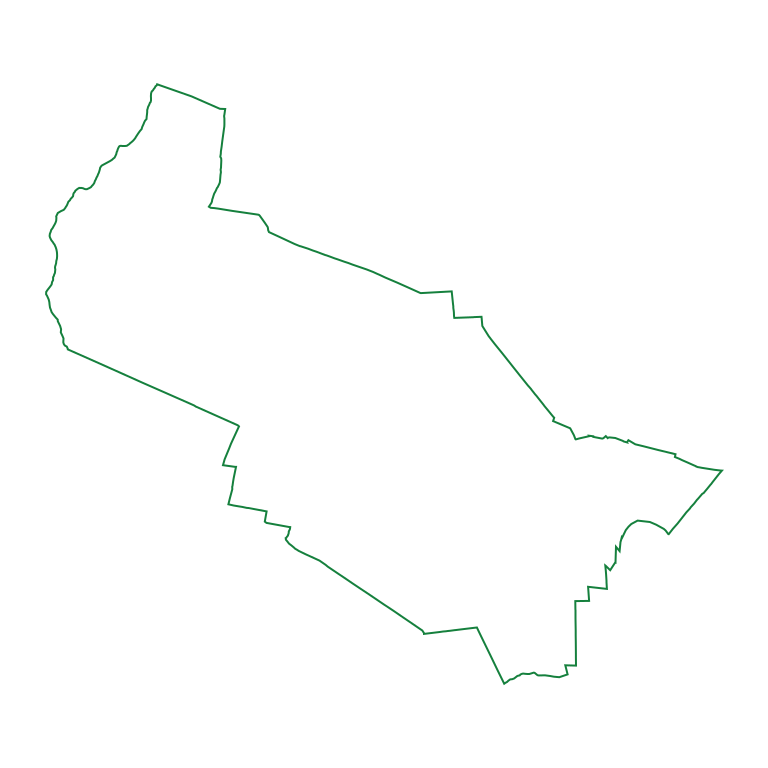 the district of Aljojuca, Puebla, Mexico
{"feature_id": "50627088B67825274215435", "entity_name": "Aljojuca", "entity_type": "district", "adm_level": 2, "iso_a3": "MEX", "parent_name": "Mexico", "parent_adm1": "Puebla", "projection": "robinson", "projection_center": [-97.52, 19.106], "detail": "fine", "context": "isolated", "style": "outline", "palette": "green", "viewbox_px": 768, "rotation_deg": 0, "n_neighbors": 0, "source": "geoboundaries", "source_scale": "gbopen_adm2", "svg_char_len": 6007}
<svg xmlns="http://www.w3.org/2000/svg" viewBox="0 0 768 768"><path d="M554.2,417.7L553.3,416.8L551.3,414.4L548.7,411.2L544.4,406.0L543.7,405.0L538.4,398.3L536.6,396.0L535.0,394.2L533.7,392.5L531.7,390.0L531.1,389.1L529.2,386.9L528.0,385.6L519.8,375.4L514.4,368.6L502.2,353.2L494.9,344.2L490.6,338.7L490.2,338.1L488.7,336.2L486.7,333.0L482.4,326.1L482.3,325.7L481.7,318.7L481.5,316.8L474.2,317.1L473.7,317.2L454.3,317.9L454.1,316.7L454.0,315.6L453.9,312.5L453.7,310.5L453.4,308.6L453.3,307.6L453.3,306.3L453.0,303.9L451.7,291.4L420.9,293.1L420.1,292.9L407.9,287.4L400.5,284.1L397.6,282.8L385.4,277.6L379.0,274.6L378.5,274.4L377.1,273.8L373.2,272.0L369.6,270.6L366.8,269.5L352.5,264.6L348.3,263.0L345.2,262.0L344.0,261.6L337.2,259.2L334.7,258.4L330.2,256.7L326.3,255.3L325.8,255.2L325.1,255.0L316.4,251.7L312.8,250.5L308.1,248.7L300.4,246.2L300.0,246.2L294.6,244.0L279.4,236.9L269.0,232.1L268.2,230.3L267.9,227.9L267.6,226.9L264.9,222.9L259.9,215.9L259.2,215.1L258.4,214.7L232.3,210.9L218.1,208.6L214.4,208.1L210.7,207.8L208.9,206.7L211.4,202.9L211.9,201.6L212.0,201.2L212.1,200.4L212.3,199.3L212.8,198.0L213.4,196.0L214.2,193.6L215.4,191.5L216.3,189.6L216.7,188.6L217.0,188.0L217.4,187.5L217.8,187.0L218.0,186.5L219.0,184.5L219.8,182.6L220.0,181.0L220.5,174.8L220.9,172.3L220.8,170.9L220.6,169.9L221.0,167.6L221.1,165.0L221.2,163.0L221.3,160.5L221.2,158.8L221.1,158.2L220.3,156.8L220.8,153.7L220.9,151.5L221.6,146.8L222.3,141.0L223.9,129.4L224.3,126.6L224.4,124.6L224.4,123.2L224.4,122.3L224.4,118.5L224.1,116.0L224.4,114.6L225.2,109.0L219.9,108.8L191.6,96.4L157.1,84.3L156.7,85.4L155.5,86.3L154.7,87.9L153.9,88.8L152.9,90.4L151.7,91.5L151.1,93.3L150.9,96.1L151.0,98.0L151.0,100.6L150.5,102.3L149.9,102.8L149.3,104.5L148.0,107.1L147.7,108.5L147.2,110.0L147.2,112.1L147.0,114.1L146.7,116.5L146.5,119.1L145.1,120.6L144.2,122.4L143.5,124.2L142.2,127.0L141.6,129.1L140.1,130.8L139.0,132.3L137.9,133.9L136.0,136.8L135.2,138.2L134.0,139.7L132.9,140.9L131.2,142.4L130.2,143.1L129.4,144.0L126.8,145.8L125.0,146.0L122.3,146.0L120.9,145.8L119.8,146.0L119.1,146.5L118.2,148.2L117.6,149.7L117.3,150.9L116.7,152.1L116.2,154.3L114.6,157.6L113.3,158.6L111.9,159.9L109.8,161.2L102.4,165.2L101.6,165.7L100.7,166.9L100.1,167.9L99.9,169.1L99.5,170.6L98.8,172.8L98.1,174.2L97.3,176.3L96.6,177.4L95.8,179.4L95.0,180.8L94.2,183.1L93.1,184.7L92.0,185.8L91.0,187.1L89.5,188.0L86.9,189.2L85.6,189.2L84.7,189.0L82.9,188.2L81.0,187.9L80.2,188.0L79.2,187.9L79.0,188.1L77.5,188.9L76.5,189.8L75.3,190.7L75.1,191.5L73.8,193.0L73.3,194.2L73.2,195.3L73.0,196.3L71.9,197.6L70.7,198.8L69.9,200.3L68.4,201.7L67.1,204.9L66.5,206.0L65.9,206.8L65.3,207.9L63.9,209.7L63.4,210.0L61.0,211.1L57.8,213.0L56.2,216.4L56.4,217.9L56.2,220.7L55.6,222.5L54.9,224.0L53.7,226.1L52.5,228.3L51.3,229.8L50.5,232.3L49.9,233.7L49.6,236.0L50.0,237.5L50.9,239.4L51.4,240.3L52.2,241.3L53.1,242.5L53.7,243.6L54.5,244.5L55.1,245.9L55.7,247.2L56.4,249.4L56.8,251.4L57.0,252.9L57.1,255.1L57.1,256.4L56.9,258.8L56.3,261.0L56.1,263.3L55.4,265.7L55.2,266.1L55.0,267.8L55.3,269.4L55.0,272.3L54.9,273.0L54.1,274.8L53.8,276.0L53.1,277.2L53.1,280.1L52.1,282.0L51.6,284.5L50.5,286.1L49.2,287.8L47.7,289.7L46.2,291.9L46.1,294.3L47.0,295.7L48.7,299.5L49.3,302.0L49.6,304.9L50.0,307.6L50.8,309.7L51.6,312.1L52.9,314.0L55.0,316.6L55.9,317.7L57.7,319.6L57.8,321.2L60.1,325.9L61.1,329.3L60.8,332.4L62.4,335.8L63.5,338.4L63.3,342.3L63.8,344.0L64.8,345.5L66.8,346.6L67.8,348.9L67.8,349.4L107.2,366.9L139.1,381.2L142.0,382.5L165.9,393.0L194.0,405.4L196.2,406.8L196.8,407.0L237.8,425.3L239.0,426.4L238.0,428.5L231.0,443.7L229.2,448.3L224.6,459.4L223.0,465.2L235.4,466.9L236.0,466.9L233.7,478.1L233.1,481.6L232.5,485.9L232.2,486.8L232.3,489.2L229.9,498.2L228.4,504.3L233.6,505.5L239.6,506.5L242.2,506.9L246.8,507.9L248.4,508.0L266.6,511.4L264.8,521.6L266.5,522.9L289.0,527.0L290.2,527.1L290.0,528.8L289.6,529.9L288.8,531.4L288.7,532.9L288.5,533.9L288.1,534.7L288.0,535.4L287.7,535.9L286.8,536.9L286.4,537.7L286.2,537.9L285.7,538.1L285.9,539.7L287.7,541.9L289.0,543.6L291.5,545.5L294.0,547.6L295.1,548.7L297.2,549.9L298.7,550.9L305.5,554.2L314.5,558.3L319.5,560.6L325.7,564.9L327.7,566.6L338.8,574.1L346.7,579.4L352.7,583.5L373.2,597.2L384.4,604.8L393.2,610.6L400.9,615.9L422.3,630.5L424.0,633.1L424.0,633.9L439.8,632.0L443.1,631.5L445.8,631.3L447.8,631.0L449.9,630.8L455.1,630.1L455.3,630.1L466.8,628.7L476.9,627.5L478.5,630.9L481.1,636.3L490.9,656.4L497.7,670.5L504.2,683.7L505.3,682.9L507.0,682.0L508.5,680.6L510.2,679.4L512.2,679.2L514.1,678.5L515.9,677.1L517.3,676.0L518.2,675.7L519.7,675.4L520.4,674.5L522.3,673.7L523.6,673.6L524.9,673.8L527.5,674.0L529.3,674.0L531.3,673.4L533.5,672.7L534.1,672.7L534.7,672.9L537.5,675.2L539.0,675.5L539.8,675.4L541.0,675.4L544.9,675.3L550.1,676.0L553.9,676.7L559.3,677.2L567.6,674.4L565.3,665.3L576.0,665.6L575.9,657.6L575.9,654.0L575.8,642.4L575.7,635.5L575.7,630.7L575.5,618.3L575.5,612.9L575.5,610.3L575.4,609.3L575.3,601.1L589.1,600.9L588.1,586.8L606.9,588.9L606.5,582.3L606.5,582.1L606.5,580.9L606.1,574.5L605.8,570.6L605.3,565.5L605.8,565.9L610.2,570.2L615.2,562.5L615.5,562.6L616.0,546.8L619.6,551.1L620.5,542.0L621.0,540.4L621.8,537.1L622.2,537.6L625.8,530.1L628.5,526.7L631.3,524.0L637.6,520.6L649.9,522.0L656.2,524.7L663.8,528.9L664.7,529.7L665.6,530.5L668.3,534.1L668.7,534.2L672.9,528.8L677.6,523.5L686.3,512.4L690.0,508.4L690.6,507.4L694.1,503.6L697.0,499.8L697.9,498.9L702.2,493.9L703.0,493.4L703.7,493.0L704.9,491.5L707.1,488.9L710.5,484.7L711.1,484.1L712.5,482.2L718.8,474.2L721.9,470.6L720.4,470.5L714.4,469.8L701.7,467.8L698.6,467.2L698.1,467.2L696.1,466.5L695.9,466.2L694.0,465.4L687.3,462.4L682.0,460.1L679.6,458.9L674.9,457.0L675.5,454.2L659.4,450.3L658.9,450.2L643.2,446.2L635.3,444.3L628.4,440.2L627.4,441.7L626.9,442.2L627.0,442.4L623.5,441.4L622.9,440.9L615.3,438.0L609.6,437.4L608.3,437.6L607.7,438.1L605.8,436.1L603.4,438.2L602.2,438.6L593.3,436.9L593.3,436.3L588.9,435.7L589.1,436.2L579.0,438.5L575.8,439.4L575.4,439.1L573.9,435.2L570.2,428.3L553.1,421.1L554.2,417.7Z" fill="none" stroke="#15803d" stroke-width="2"/></svg>